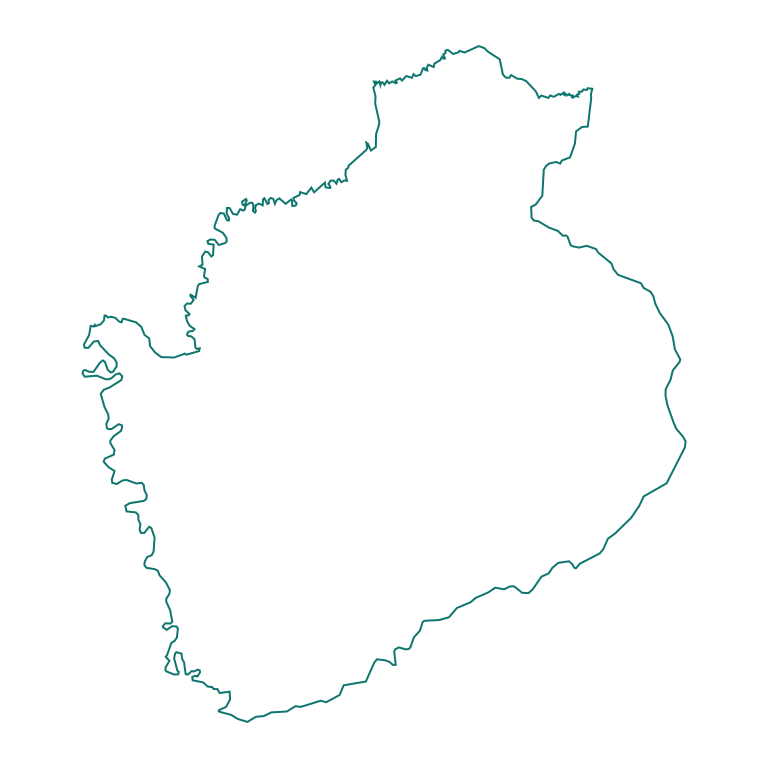 Khutlo-se-Metsi, Thaba-Tseka, Lesotho
{"feature_id": "5366337B67147005930942", "entity_name": "Khutlo-se-Metsi", "entity_type": "district", "adm_level": 2, "iso_a3": "LSO", "parent_name": "Lesotho", "parent_adm1": "Thaba-Tseka", "projection": "natural_earth1", "projection_center": [28.357, -29.676], "detail": "fine", "context": "isolated", "style": "outline", "palette": "teal", "viewbox_px": 768, "rotation_deg": 0, "n_neighbors": 0, "source": "geoboundaries", "source_scale": "gbopen_adm2", "svg_char_len": 6024}
<svg xmlns="http://www.w3.org/2000/svg" viewBox="0 0 768 768"><path d="M599.6,553.5L603.3,549.2L607.9,538.7L615.2,533.4L631.2,517.8L639.3,505.8L643.7,496.4L666.6,483.3L684.8,447.6L685.6,441.3L682.9,436.5L676.5,429.1L673.7,422.9L667.5,405.5L665.5,395.7L665.7,389.2L670.5,379.8L672.8,370.4L679.7,361.8L680.2,359.3L674.9,349.3L672.6,336.1L668.3,324.6L659.9,313.1L655.3,303.7L653.3,296.1L650.6,291.8L643.6,287.9L640.9,283.2L618.1,274.9L613.7,269.5L611.3,263.3L598.3,252.7L596.1,249.1L586.7,245.8L579.1,247.6L572.3,246.2L570.6,245.1L567.6,236.8L566.1,235.5L562.8,235.7L558.0,231.0L548.7,227.5L538.3,221.2L534.0,220.6L531.6,217.8L531.1,206.9L535.6,204.7L542.3,195.7L543.8,169.7L546.2,165.9L549.4,163.4L556.3,162.0L560.1,163.6L561.9,160.5L570.1,157.3L574.9,143.6L576.1,131.4L582.1,126.9L587.8,126.6L591.2,98.2L590.9,94.3L592.3,88.8L587.7,88.2L586.9,89.9L583.2,89.5L582.2,91.5L578.8,91.8L579.3,93.8L577.2,94.5L577.9,96.5L576.1,95.9L572.6,97.7L571.9,97.2L572.7,95.5L569.8,95.2L569.2,93.9L567.5,95.3L563.9,92.5L563.3,93.3L564.1,94.7L562.0,93.6L560.5,94.9L559.0,93.9L553.8,96.8L550.1,95.5L548.4,97.9L541.3,95.6L538.9,97.9L535.7,91.2L526.2,81.1L521.6,79.0L517.3,78.7L511.1,75.1L509.3,77.8L505.8,77.6L502.9,74.5L499.7,59.3L487.7,51.5L484.4,48.1L478.7,46.1L464.6,52.5L459.5,50.8L458.5,52.3L453.2,54.0L447.9,49.9L445.4,50.6L445.5,53.0L443.3,54.3L444.9,58.5L443.4,58.6L441.9,56.8L440.2,60.2L434.5,63.5L433.7,67.0L428.4,64.7L426.7,67.7L427.3,70.5L425.4,70.1L424.1,68.1L423.0,68.3L420.5,74.7L415.8,76.1L413.5,74.2L412.0,77.8L406.3,76.0L402.0,80.6L400.0,78.4L395.4,80.6L396.8,82.7L395.7,83.3L392.2,81.4L389.2,83.4L387.0,80.8L384.5,84.8L382.6,82.3L381.1,82.4L380.4,85.2L379.3,81.5L376.2,83.8L376.2,81.8L374.0,81.5L375.4,85.0L373.3,87.6L375.5,96.2L375.2,103.6L379.2,121.2L379.1,124.5L376.1,134.0L375.8,147.0L370.9,150.5L367.9,143.8L366.3,142.7L367.3,147.7L366.4,149.8L348.5,165.8L348.3,167.7L345.8,169.7L345.4,174.6L347.0,180.8L344.5,180.4L341.4,182.2L339.0,178.9L337.8,179.5L336.5,183.7L333.6,180.5L330.5,180.7L328.4,183.9L330.3,186.5L330.2,188.0L325.6,187.4L324.9,182.6L314.1,192.3L311.3,187.6L306.3,194.1L300.1,192.1L299.6,195.0L293.4,198.0L293.9,200.3L296.7,203.3L295.9,205.3L294.2,206.0L292.2,205.8L292.1,201.1L291.1,199.5L285.7,203.8L279.3,198.4L276.4,200.3L274.9,203.8L273.2,198.8L270.5,198.0L268.6,200.1L268.9,203.1L267.4,204.0L264.4,198.2L263.0,199.3L262.7,205.3L259.0,203.6L255.8,205.2L255.2,208.3L255.9,211.1L255.0,212.6L252.9,210.9L253.4,205.5L252.3,202.8L250.0,202.8L247.1,204.8L245.0,204.2L246.8,200.5L246.0,199.0L242.1,201.6L242.5,204.5L245.6,206.2L244.6,209.8L243.2,210.6L240.2,209.2L237.1,214.7L233.0,213.9L229.6,208.0L227.0,208.0L226.6,213.5L229.1,218.3L229.0,220.4L227.1,220.3L223.8,213.6L220.4,213.0L218.6,215.0L214.6,225.7L214.7,228.4L222.9,232.8L226.5,238.1L226.7,241.3L225.5,242.9L218.8,245.0L214.7,239.8L210.4,239.5L207.5,241.0L208.2,243.7L213.7,244.7L213.0,255.2L211.3,256.5L207.9,252.1L205.2,251.6L201.9,256.7L202.6,264.6L199.3,266.4L205.1,269.0L204.0,276.1L204.9,277.8L207.6,278.9L207.9,281.9L198.9,284.2L197.7,286.5L195.6,297.8L190.6,294.7L190.3,295.7L193.6,300.0L190.8,303.7L186.8,303.6L184.5,306.1L185.5,310.3L189.5,314.0L188.5,315.4L185.8,315.6L187.0,321.1L189.6,325.7L194.5,329.1L193.2,330.8L188.4,331.7L186.9,334.5L188.2,336.0L191.2,336.3L194.6,339.3L195.4,347.4L196.9,349.0L199.7,348.3L199.1,351.1L186.3,354.7L184.9,353.6L174.3,357.5L161.2,357.1L155.0,352.4L150.1,346.2L149.2,338.4L144.6,335.0L141.3,326.9L136.0,322.3L123.6,318.7L122.7,318.9L121.5,322.3L119.2,321.6L115.4,317.9L110.9,316.7L107.8,317.5L105.7,315.4L104.5,315.6L104.0,320.4L100.6,324.3L95.3,326.1L94.8,324.9L93.7,326.5L90.7,325.9L89.1,335.1L83.9,344.6L84.7,347.8L88.4,347.8L93.9,341.5L98.2,341.0L100.2,345.4L108.8,354.5L114.2,358.3L116.7,362.7L116.6,366.4L113.1,371.7L110.9,372.5L107.8,370.0L104.9,361.8L102.7,360.4L99.7,363.0L93.6,371.8L89.5,371.9L84.9,369.9L83.4,370.7L82.4,373.3L84.7,376.7L96.9,375.7L105.7,379.2L108.6,379.3L111.3,378.3L115.7,374.4L119.4,373.3L122.3,376.4L121.3,380.1L109.3,387.6L103.7,389.8L100.7,393.9L104.5,407.0L108.3,414.6L108.6,418.9L106.3,423.8L106.9,428.0L108.2,429.1L111.6,429.0L118.7,424.2L121.8,425.3L122.2,426.7L121.1,430.8L113.7,436.2L110.3,440.6L110.3,443.0L114.5,450.1L113.8,454.6L104.8,458.6L103.7,461.8L108.7,467.3L114.6,471.1L111.8,479.6L112.3,482.9L116.8,484.0L122.5,480.5L126.4,479.9L136.4,483.5L141.6,482.8L143.7,484.9L144.5,490.4L146.8,495.2L146.4,498.9L143.8,500.9L129.7,503.2L125.3,505.8L126.6,511.4L135.8,512.4L138.3,514.9L138.4,519.8L140.4,524.1L139.6,529.5L140.8,532.8L144.3,532.9L149.1,526.8L151.3,528.0L154.6,537.6L153.6,551.3L151.8,555.1L147.2,557.0L144.7,561.7L144.4,565.2L146.4,567.8L154.9,569.2L158.0,571.0L159.5,575.2L166.0,582.5L170.0,590.3L169.2,594.3L166.4,598.4L166.2,601.5L170.1,610.1L172.3,621.7L170.6,623.5L165.1,623.4L162.8,626.2L163.1,627.4L166.7,629.8L172.2,626.2L176.5,626.5L177.9,628.4L176.9,637.5L174.9,640.6L171.3,643.1L167.1,655.0L165.7,656.8L169.4,660.8L165.6,667.4L165.4,669.9L166.2,671.3L174.0,674.5L178.2,674.3L178.8,671.9L177.4,670.7L174.1,658.3L175.2,653.4L176.4,652.2L181.5,653.6L182.2,659.1L184.0,662.0L185.7,674.1L187.9,674.6L191.6,671.1L193.8,671.5L197.8,669.6L199.8,670.5L200.0,672.4L197.5,676.4L195.0,675.8L192.2,677.1L192.7,680.3L203.2,682.4L207.6,686.5L212.4,687.2L213.5,689.0L217.4,689.1L219.6,693.0L229.6,691.7L230.1,699.4L226.1,706.9L219.0,710.1L218.7,711.3L220.3,712.0L231.0,714.8L237.9,719.0L247.4,721.9L255.9,716.8L263.7,716.1L271.3,712.4L286.8,711.5L295.4,706.2L300.8,706.9L320.7,700.7L326.2,702.2L339.6,695.0L343.7,685.3L365.9,681.5L374.2,662.7L376.9,659.3L385.0,660.3L389.5,661.9L392.9,664.9L395.7,664.9L394.2,651.5L395.2,649.3L398.9,647.4L405.7,649.4L408.8,649.0L410.4,647.3L413.9,637.3L420.0,630.6L422.5,622.4L424.3,620.8L439.3,620.0L448.9,617.3L456.9,608.0L470.8,602.1L475.8,597.8L488.1,592.5L495.3,587.7L504.1,589.3L509.8,586.5L514.0,586.3L522.2,592.8L528.5,593.1L532.9,589.1L541.4,576.7L548.8,573.3L552.3,567.9L558.4,562.8L569.0,561.3L572.2,564.1L574.4,567.9L576.0,568.2L580.0,563.6L599.6,553.5Z" fill="none" stroke="#0f766e" stroke-width="2"/></svg>